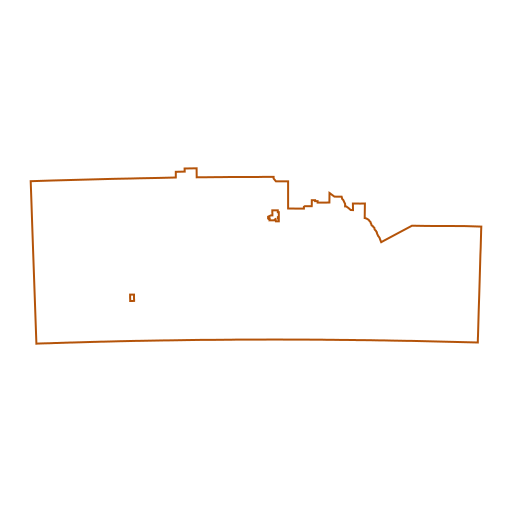 the district of MacDonnell, Northern Territory, Australia
{"feature_id": "25037944B32264354424251", "entity_name": "MacDonnell", "entity_type": "district", "adm_level": 2, "iso_a3": "AUS", "parent_name": "Australia", "parent_adm1": "Northern Territory", "projection": "albers", "projection_center": [133.822, -24.426], "detail": "fine", "context": "isolated", "style": "outline", "palette": "amber", "viewbox_px": 512, "rotation_deg": 0, "n_neighbors": 0, "source": "geoboundaries", "source_scale": "gbopen_adm2", "svg_char_len": 5369}
<svg xmlns="http://www.w3.org/2000/svg" viewBox="0 0 512 512"><path d="M481.3,226.6L465.5,226.1L449.5,226.0L433.5,226.0L423.7,225.9L412.0,225.7L397.9,233.2L383.7,240.8L381.2,242.2L381.0,241.8L381.0,241.7L380.9,241.5L380.8,241.1L380.7,240.9L380.6,240.7L380.3,239.9L380.1,239.5L380.0,239.1L379.7,238.3L379.6,237.9L379.4,237.6L379.0,237.0L378.8,236.7L378.6,236.4L378.3,236.2L378.2,236.0L378.1,235.9L378.0,235.6L377.9,235.4L377.8,235.2L377.7,234.8L377.6,234.7L377.3,234.1L377.2,233.9L377.1,233.7L377.0,233.4L376.9,233.1L376.9,232.9L376.9,232.4L376.8,232.1L376.5,231.8L376.3,231.7L376.2,231.5L376.0,231.0L375.9,230.7L375.3,230.2L375.1,230.0L374.9,229.8L374.6,229.3L374.5,229.1L374.5,228.8L374.4,228.2L374.4,227.9L374.3,227.7L374.1,227.5L373.9,227.4L373.6,227.2L373.4,227.0L373.1,226.6L373.0,226.3L372.8,226.2L372.4,225.9L372.2,225.8L372.0,225.6L371.7,225.3L371.5,225.1L371.5,224.9L371.4,224.6L371.4,224.4L371.2,223.9L371.1,223.7L370.8,223.2L370.7,223.0L370.7,222.8L370.7,222.6L370.6,222.2L370.4,221.9L370.0,221.5L369.8,221.4L369.6,221.2L369.4,220.9L369.2,220.6L368.9,220.1L368.7,219.9L368.4,219.7L368.0,219.4L367.7,219.3L367.5,219.1L366.9,218.8L366.6,218.6L366.3,218.5L365.9,218.3L365.7,218.3L365.5,218.2L365.2,218.1L364.9,218.0L364.7,218.0L364.7,217.9L364.9,203.5L359.3,203.6L358.5,203.5L352.9,203.5L353.0,210.1L351.0,210.0L350.7,210.0L349.8,209.2L348.9,208.4L348.6,208.1L348.3,207.9L348.0,207.7L347.6,207.4L347.3,207.2L346.4,206.5L346.2,206.4L345.1,206.4L345.1,203.9L345.0,203.6L344.8,203.2L344.6,202.9L344.4,202.5L344.1,201.8L343.9,201.4L343.7,200.9L343.5,200.5L343.3,200.2L343.2,199.9L342.2,199.0L342.1,198.7L342.0,198.1L341.9,197.8L341.8,197.2L341.7,197.1L341.6,196.7L338.3,196.7L334.4,196.6L329.5,193.0L329.4,202.4L329.4,202.5L325.8,202.6L320.1,202.6L319.6,202.6L318.2,202.6L317.6,202.6L317.6,201.7L317.6,201.1L315.1,201.1L315.1,200.2L311.8,200.2L311.8,204.5L311.7,206.2L304.8,206.2L303.9,206.8L303.9,207.1L303.9,207.8L303.9,208.6L299.5,208.6L297.8,208.6L288.1,208.5L288.1,193.2L288.1,190.2L288.1,189.4L288.1,181.3L275.9,181.3L273.6,178.5L273.6,176.9L270.5,176.9L270.4,176.9L268.4,176.9L262.2,176.9L257.5,177.0L248.5,177.0L233.4,177.0L230.4,177.0L222.6,177.1L217.2,177.1L216.2,177.1L212.7,177.2L196.7,177.3L196.6,168.3L184.6,168.5L184.7,171.6L176.4,171.8L175.8,171.8L175.8,177.5L159.8,177.9L155.0,178.0L138.9,178.3L131.5,178.5L115.5,178.8L111.3,178.9L96.6,179.3L81.8,179.7L52.5,180.5L30.7,181.2L31.5,204.1L32.2,224.9L32.8,242.1L36.4,343.7L37.2,343.6L42.7,343.4L46.7,343.3L51.4,343.2L52.2,343.1L53.0,343.1L55.4,343.0L56.9,343.0L57.2,343.0L62.2,342.8L63.1,342.8L65.3,342.7L65.8,342.7L66.6,342.7L67.1,342.7L68.3,342.6L71.9,342.5L72.6,342.5L73.1,342.5L76.7,342.4L77.0,342.4L77.4,342.4L77.8,342.3L80.2,342.3L93.3,341.9L93.8,341.9L94.3,341.9L95.3,341.9L95.9,341.9L96.5,341.8L97.0,341.8L97.5,341.8L100.4,341.7L100.5,341.7L100.8,341.7L102.6,341.7L102.9,341.7L103.2,341.7L103.3,341.7L105.4,341.6L105.7,341.6L105.8,341.6L110.0,341.5L121.0,341.2L121.8,341.2L135.2,340.9L136.0,340.9L136.8,340.9L164.9,340.4L165.2,340.4L166.0,340.4L166.8,340.4L167.6,340.4L180.2,340.2L181.0,340.2L184.9,340.1L185.7,340.1L199.9,339.9L201.5,339.9L201.8,339.9L202.5,339.9L203.0,339.9L203.8,339.9L208.1,339.9L232.2,339.7L233.0,339.7L236.2,339.6L237.0,339.6L247.2,339.6L248.0,339.6L257.1,339.6L257.5,339.6L259.8,339.6L260.2,339.6L262.7,339.6L263.2,339.6L263.3,339.6L264.4,339.6L265.6,339.6L268.0,339.5L268.6,339.5L269.7,339.5L271.6,339.5L272.9,339.5L274.7,339.5L276.1,339.5L276.4,339.5L286.5,339.6L288.9,339.6L289.7,339.6L290.1,339.6L291.3,339.6L291.9,339.6L292.5,339.6L293.4,339.6L300.3,339.6L301.4,339.6L301.9,339.6L302.5,339.6L303.6,339.6L304.5,339.6L305.0,339.6L306.1,339.6L307.2,339.6L308.9,339.6L311.3,339.7L313.4,339.7L315.0,339.7L315.7,339.7L316.2,339.7L318.2,339.7L319.4,339.7L319.9,339.7L320.5,339.7L322.2,339.7L322.9,339.7L326.9,339.8L327.7,339.8L328.4,339.8L330.0,339.8L331.1,339.8L332.3,339.8L338.9,339.9L353.5,340.0L353.9,340.0L355.4,340.0L356.0,340.1L356.4,340.1L356.5,340.1L359.0,340.1L359.6,340.1L360.1,340.1L361.5,340.1L361.8,340.1L367.8,340.2L369.6,340.2L370.2,340.2L379.8,340.4L383.8,340.4L387.8,340.5L392.0,340.6L404.0,340.8L404.3,340.8L408.3,340.9L412.4,340.9L424.7,341.2L428.8,341.3L432.8,341.4L436.9,341.5L441.0,341.6L449.2,341.8L453.7,341.9L457.4,342.0L461.5,342.1L465.5,342.2L473.7,342.4L477.8,342.5L477.9,337.8L478.0,336.2L478.5,318.0L478.7,310.8L479.2,295.8L479.7,279.1L480.4,254.6L480.7,247.4L480.8,243.5L481.1,232.3L481.1,231.6L481.3,226.6ZM272.4,213.9L272.4,213.5L272.3,212.2L272.3,211.9L272.3,211.0L272.3,210.3L273.9,210.3L275.1,210.3L275.5,210.3L276.0,210.3L277.1,210.3L277.8,210.3L277.8,212.2L278.8,212.2L278.8,213.3L278.8,215.4L278.8,216.0L278.8,216.4L278.8,216.6L278.8,217.1L277.9,217.1L277.9,217.5L277.8,218.2L277.8,218.5L278.6,218.5L278.8,218.5L278.8,219.1L278.8,220.8L278.8,221.3L277.6,221.3L276.8,221.3L276.1,221.3L275.9,221.3L275.7,220.3L275.6,219.9L275.4,219.1L275.2,219.2L274.1,220.2L274.1,220.3L273.0,220.3L271.9,220.3L271.1,220.3L269.6,220.3L269.7,219.9L269.7,219.2L269.7,218.6L268.9,218.8L268.9,218.4L268.9,218.1L268.1,218.2L268.1,216.7L269.0,216.3L269.1,216.2L269.4,216.1L270.9,215.4L271.2,215.4L272.4,215.4L272.4,214.6L272.4,213.9L272.4,213.9ZM130.2,301.0L130.2,299.4L130.1,297.8L130.1,296.2L130.1,294.6L131.7,294.6L133.3,294.6L134.0,294.6L134.0,298.5L134.1,299.4L134.1,300.9L132.2,301.0L130.2,301.0Z" fill="none" stroke="#b45309" stroke-width="2"/></svg>